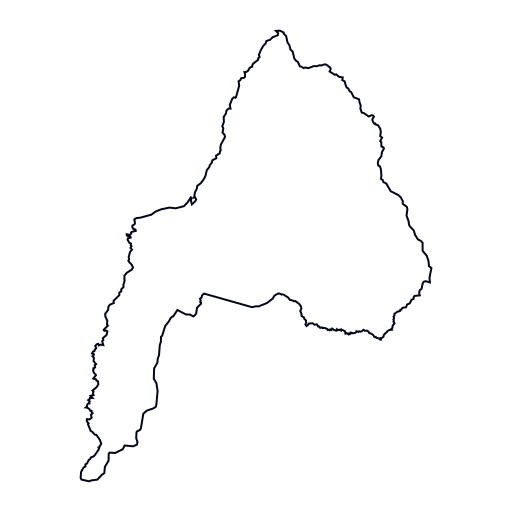 San Andrès, Antioquia, Colombia
{"feature_id": "7082276B55021826585662", "entity_name": "San Andrès", "entity_type": "district", "adm_level": 2, "iso_a3": "COL", "parent_name": "Colombia", "parent_adm1": "Antioquia", "projection": "orthographic", "projection_center": [-75.67, 6.907], "detail": "fine", "context": "isolated", "style": "outline", "palette": "ink", "viewbox_px": 512, "rotation_deg": 0, "n_neighbors": 0, "source": "geoboundaries", "source_scale": "gbopen_adm2", "svg_char_len": 5971}
<svg xmlns="http://www.w3.org/2000/svg" viewBox="0 0 512 512"><path d="M276.0,30.9L278.2,33.2L277.8,35.2L272.5,37.3L270.1,39.8L266.4,41.0L265.6,43.4L263.1,46.1L260.9,50.0L258.9,54.8L259.6,57.1L258.2,58.2L258.1,59.8L253.0,63.8L252.1,65.9L252.3,66.6L249.8,67.7L248.0,70.8L246.2,72.0L244.4,72.1L245.1,74.0L244.9,77.1L243.7,77.9L241.3,78.1L240.2,80.2L238.6,81.3L239.2,85.7L236.0,97.1L235.4,97.8L233.9,97.3L232.3,98.7L229.8,104.8L230.5,108.6L228.5,108.6L226.5,110.5L225.9,113.6L223.7,116.9L223.9,121.9L222.3,126.3L223.3,128.4L222.5,132.6L224.5,134.7L225.0,137.1L220.9,144.5L220.3,147.6L220.7,150.3L219.8,151.8L219.7,153.4L216.1,155.6L216.3,158.3L212.4,160.2L211.6,162.9L209.8,165.2L209.2,167.3L206.8,170.1L205.5,175.7L204.0,178.9L200.8,183.2L197.2,185.9L196.8,188.7L194.9,192.5L194.1,197.6L195.1,197.4L196.2,199.6L195.1,201.4L191.9,204.4L190.8,200.1L191.8,198.0L190.9,197.3L187.5,202.5L183.9,206.2L175.7,208.3L169.4,207.6L161.2,209.3L155.6,211.6L151.3,214.7L140.2,217.7L136.3,218.1L134.3,219.4L135.0,223.0L134.6,224.2L132.4,225.6L132.2,226.5L133.1,228.8L135.4,229.6L135.8,230.8L131.6,232.0L131.1,232.5L131.2,233.7L129.9,234.9L126.7,234.3L126.9,235.5L128.1,236.2L129.6,236.1L130.7,237.1L130.7,237.6L127.9,238.4L127.5,239.5L129.2,242.6L131.0,243.7L130.7,245.2L131.5,246.1L130.5,247.9L132.0,249.6L130.0,252.1L128.7,257.0L129.1,259.5L128.4,260.5L128.9,261.8L131.7,264.7L133.0,267.4L131.9,269.5L126.8,272.8L124.4,275.6L124.5,281.5L123.5,284.2L123.5,287.0L121.3,289.3L121.2,291.4L119.3,292.6L119.3,295.2L113.6,300.7L113.8,303.0L109.9,304.7L108.5,306.5L108.1,309.9L105.2,313.8L105.3,316.4L107.2,320.6L107.1,324.8L107.9,325.6L103.7,329.8L104.3,330.8L106.5,330.6L107.4,331.4L106.5,335.1L102.8,338.2L103.3,339.8L102.2,341.2L103.3,345.1L100.7,344.6L98.8,345.4L98.2,343.8L96.5,344.4L95.2,346.1L96.2,347.7L95.9,348.6L94.9,349.4L94.4,351.1L93.1,351.5L92.0,353.5L93.8,354.1L93.7,355.1L92.5,356.2L93.9,357.7L93.6,361.2L96.1,364.1L94.7,365.1L95.1,367.4L93.3,368.3L93.6,369.3L93.1,370.2L93.7,372.5L96.0,375.1L93.3,378.6L96.0,379.4L96.5,380.7L98.0,381.3L98.3,384.5L96.4,387.4L92.5,390.6L93.5,391.7L92.9,393.5L93.6,395.1L90.6,395.8L92.5,398.0L89.9,397.8L89.7,399.0L88.2,400.1L89.7,401.3L89.2,402.2L89.5,403.4L88.1,403.6L87.3,404.4L86.9,406.5L85.8,407.5L87.4,407.7L89.7,409.4L90.3,410.8L91.6,410.9L91.6,412.0L92.6,413.1L91.0,414.7L91.6,417.8L89.2,419.5L87.0,419.1L86.7,420.4L87.5,422.4L88.6,423.3L88.0,424.3L90.7,430.9L92.5,432.0L94.7,434.6L96.4,434.9L99.8,439.7L101.2,443.6L99.4,447.1L98.5,447.4L99.1,448.5L98.4,449.9L94.8,455.2L93.3,456.6L90.9,457.4L90.1,459.1L88.8,459.9L87.0,463.5L85.3,464.4L85.5,466.5L83.6,467.4L81.1,471.9L80.6,477.8L81.5,479.6L89.1,481.3L91.4,480.4L97.4,479.6L101.8,474.8L104.3,473.2L104.9,466.9L108.6,460.6L108.7,453.9L109.5,452.6L115.1,453.0L122.8,449.2L124.6,445.5L133.2,446.3L136.9,444.6L137.5,442.2L136.2,438.1L136.5,432.3L136.9,431.5L140.0,429.9L140.9,428.4L143.3,413.8L146.7,410.7L153.6,408.3L155.7,406.8L156.3,405.3L157.6,391.0L156.4,383.2L153.8,378.8L154.1,368.4L157.4,362.7L157.7,358.9L159.0,355.2L159.8,345.1L160.9,341.6L161.0,336.8L162.2,335.7L165.2,326.0L168.8,321.5L170.8,317.8L173.4,316.1L177.4,310.0L185.8,314.4L190.0,314.6L193.3,316.4L194.8,315.3L196.2,313.4L197.0,307.7L201.1,303.7L201.0,302.5L200.2,302.0L200.7,300.5L200.0,298.7L201.5,297.6L202.2,295.2L204.1,293.6L252.1,307.2L255.8,306.3L258.6,306.4L267.0,303.0L272.7,298.6L274.3,295.8L277.5,293.8L279.5,293.5L281.4,294.5L283.1,294.4L288.0,297.4L289.8,299.8L293.0,300.6L293.9,301.3L295.5,301.1L299.3,304.1L300.8,306.1L301.4,308.6L300.3,310.9L301.5,314.0L301.5,315.9L303.9,317.4L304.5,319.2L305.9,320.3L306.1,322.3L305.4,324.5L306.6,326.0L308.2,324.7L308.5,323.7L312.5,323.2L314.5,324.7L316.8,324.3L318.1,326.4L318.7,326.2L320.1,327.8L321.9,327.4L322.4,328.1L324.4,327.9L327.2,328.9L327.8,330.0L328.9,329.7L329.8,330.3L330.4,329.4L331.5,329.9L332.2,328.6L334.3,330.2L335.9,330.5L336.7,329.4L337.1,330.3L337.8,329.7L339.2,330.1L340.0,329.6L341.0,330.5L341.5,329.5L344.9,331.2L345.5,333.7L346.6,333.0L348.3,334.3L348.7,333.6L349.6,334.1L350.2,332.9L350.7,333.5L351.6,332.7L353.1,333.3L355.2,332.8L356.2,332.2L356.5,331.2L358.3,331.9L359.1,331.3L360.2,331.7L361.7,331.3L363.6,329.8L364.9,330.8L367.1,330.7L368.7,331.8L369.3,333.2L370.8,333.4L373.3,335.1L374.4,337.0L375.8,336.9L376.3,337.8L378.6,338.4L379.9,338.2L379.9,339.4L380.8,339.7L381.0,338.6L383.5,336.7L383.8,334.9L388.0,330.8L389.3,330.0L391.8,329.7L391.3,329.0L392.4,327.9L392.7,325.6L394.5,323.3L393.5,321.8L393.9,321.0L393.4,319.5L394.1,318.1L393.6,316.5L394.5,315.5L394.4,313.9L397.4,311.7L399.9,311.1L400.3,309.8L401.4,309.7L401.8,308.5L403.0,307.7L406.0,307.3L407.1,304.5L409.7,303.4L411.6,299.7L413.5,299.0L413.8,296.9L414.6,295.9L419.7,295.4L419.2,293.1L419.6,290.4L421.6,288.7L422.6,283.7L423.6,281.8L425.7,281.2L429.9,282.4L429.5,277.9L431.4,268.0L429.0,266.2L428.5,261.2L426.8,255.9L422.6,250.8L422.6,242.7L420.7,240.8L417.9,239.4L415.1,234.9L413.7,230.4L410.0,226.5L409.0,224.7L408.7,221.6L406.5,215.5L407.4,209.5L406.9,206.9L402.7,203.8L402.8,201.2L400.7,197.3L398.2,195.0L390.7,191.2L386.2,183.4L383.5,182.2L382.7,180.0L381.0,179.0L381.4,175.7L380.9,169.2L379.9,166.3L378.3,165.5L377.8,163.0L378.5,160.0L381.3,156.3L382.0,151.9L383.9,148.7L383.6,147.6L381.4,146.4L381.3,142.2L380.2,141.0L382.1,137.6L380.2,136.1L380.8,132.2L380.3,128.9L378.0,125.2L375.4,124.4L375.2,123.5L374.1,123.5L372.7,121.3L372.3,119.4L373.9,116.7L373.4,115.8L372.0,115.1L368.7,116.5L363.9,113.1L361.8,112.6L360.4,108.9L360.7,105.4L359.5,102.4L359.1,99.3L353.8,97.3L351.3,92.3L349.7,91.3L348.3,88.5L346.8,87.6L346.0,86.2L344.6,81.3L342.3,80.1L342.7,77.4L339.2,76.9L336.2,74.4L334.9,74.8L329.6,71.5L330.7,69.0L330.0,67.3L328.6,66.7L327.9,65.7L325.6,64.4L324.4,64.4L320.8,65.6L319.9,65.2L316.8,66.2L313.8,66.1L308.2,68.2L305.5,67.5L303.5,68.1L301.7,66.8L299.9,66.4L297.8,61.8L296.2,60.9L294.4,58.7L292.6,51.5L290.5,49.6L289.5,45.5L287.5,42.4L286.1,36.0L283.7,33.7L283.7,32.6L281.2,31.2L279.7,30.7L276.0,30.9Z" fill="none" stroke="#020617" stroke-width="2"/></svg>